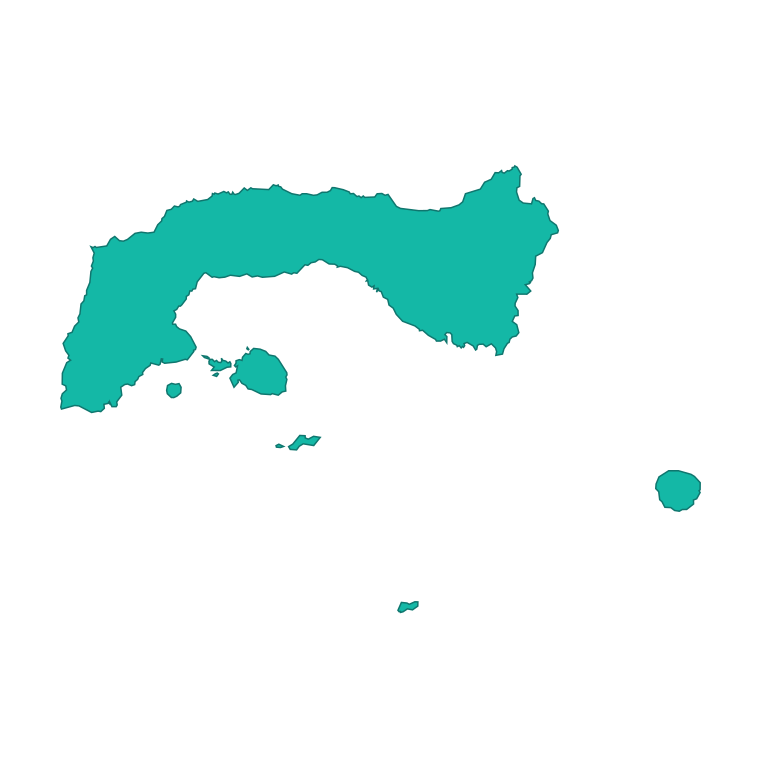 outline of Sikka, Nusa Tenggara Timur, Indonesia, rotated 184°
{"feature_id": "22746128B25889265457696", "entity_name": "Sikka", "entity_type": "district", "adm_level": 2, "iso_a3": "IDN", "parent_name": "Indonesia", "parent_adm1": "Nusa Tenggara Timur", "projection": "orthographic", "projection_center": [122.277, -8.457], "detail": "fine", "context": "isolated", "style": "filled", "palette": "teal", "viewbox_px": 768, "rotation_deg": 184, "n_neighbors": 0, "source": "geoboundaries", "source_scale": "gbopen_adm2", "svg_char_len": 6138}
<svg xmlns="http://www.w3.org/2000/svg" viewBox="0 0 768 768"><g transform="rotate(184 384 384)"><path d="M266.3,609.5L268.7,610.7L269.0,609.6L271.2,608.8L271.2,607.2L274.0,605.2L275.7,605.4L278.8,602.7L280.9,603.3L281.6,605.1L284.3,602.7L287.9,602.6L291.3,595.7L297.7,592.3L301.5,585.1L316.0,579.5L318.2,571.2L321.7,567.9L329.4,564.5L339.6,563.0L340.3,560.8L341.6,560.2L350.3,561.2L352.8,560.0L361.5,559.3L379.8,560.3L384.0,562.0L393.2,573.4L396.1,572.3L399.4,573.9L404.1,573.3L406.3,569.9L416.3,568.8L417.8,570.1L419.8,568.3L422.1,569.8L424.1,569.1L427.7,571.9L430.9,571.4L432.1,573.1L438.2,575.0L447.0,576.4L449.4,576.3L450.9,573.2L454.1,571.3L459.2,570.9L463.9,568.0L467.5,567.3L474.5,568.4L478.9,568.1L480.9,566.4L489.3,567.4L498.9,571.3L500.7,573.4L503.1,573.9L503.4,575.1L505.4,574.2L508.3,575.0L512.5,569.9L528.8,569.6L530.5,570.4L533.8,567.6L537.1,569.8L541.9,564.1L545.3,562.7L546.7,562.8L548.3,564.8L549.0,562.6L550.8,562.5L552.8,564.8L554.4,563.7L557.2,564.9L562.8,561.9L566.1,562.7L566.7,561.5L568.4,562.0L568.6,559.5L572.8,555.7L582.5,553.2L586.7,555.3L587.9,553.0L591.3,551.8L593.7,552.8L593.8,551.6L599.5,548.8L600.3,547.0L601.9,546.3L605.5,546.9L608.4,543.4L612.7,542.0L614.7,535.8L617.0,533.6L617.2,531.1L620.8,527.1L624.0,519.4L630.1,518.1L636.8,518.5L642.9,516.9L650.0,510.3L654.0,508.3L657.9,508.5L662.9,512.4L666.9,509.3L670.2,502.4L680.5,500.1L681.9,501.0L683.7,499.8L685.9,500.5L682.2,494.4L683.2,489.6L682.5,486.4L684.1,481.2L682.7,479.3L684.2,475.8L684.5,464.8L687.2,456.6L686.9,452.2L688.7,451.1L689.2,446.0L691.8,442.7L692.2,432.7L693.9,428.6L692.8,424.6L696.7,420.1L698.8,413.8L702.8,412.1L702.4,410.0L706.9,402.1L703.9,394.9L700.3,390.6L701.1,387.8L698.3,385.9L702.0,383.1L705.6,372.3L705.0,361.4L701.3,359.9L700.3,355.9L704.2,351.8L705.2,347.2L704.1,344.5L704.8,338.4L704.0,336.5L691.1,341.0L686.8,340.9L673.7,335.2L667.3,337.0L664.6,336.7L661.3,340.2L662.0,344.2L657.8,345.4L657.5,346.5L656.4,345.3L656.4,346.9L653.8,342.4L649.6,342.7L648.7,344.5L649.4,347.5L644.8,354.6L646.4,362.4L642.6,365.4L639.8,366.1L635.7,364.7L632.7,366.0L632.5,369.0L630.1,371.4L629.1,374.3L625.3,376.7L625.7,378.6L623.0,382.8L618.6,386.3L618.1,388.7L610.0,387.1L608.8,388.1L607.9,393.6L606.6,393.5L606.8,390.5L604.3,389.4L592.9,391.4L584.0,394.8L581.9,394.4L576.0,403.2L576.3,404.4L574.5,405.2L574.0,407.7L580.2,417.8L585.4,423.0L591.9,424.7L594.9,426.8L596.1,429.1L599.0,428.9L599.3,430.2L596.5,436.0L596.7,439.1L598.7,442.3L596.0,443.9L594.2,447.4L592.5,447.5L591.2,448.9L587.2,455.0L587.3,457.6L584.9,459.4L584.2,463.3L582.2,463.3L581.2,465.3L578.7,465.9L577.5,472.8L571.4,481.9L569.4,482.6L562.9,478.5L561.1,479.2L555.9,478.5L550.2,479.5L544.9,481.8L535.6,481.3L528.5,484.3L523.0,481.6L517.7,483.0L512.8,482.0L500.6,483.8L491.3,488.8L483.8,487.2L481.8,488.7L478.6,488.4L471.2,497.4L468.2,497.1L465.2,499.9L461.1,501.0L457.7,503.7L454.2,503.7L447.1,499.9L441.6,500.1L438.7,498.7L438.8,497.3L435.8,498.4L428.5,497.5L421.2,494.3L417.2,493.7L413.4,490.8L409.4,489.4L408.0,487.1L408.0,486.4L408.7,485.9L408.8,485.6L407.5,486.2L406.3,481.6L402.8,479.8L400.8,481.2L401.0,478.1L397.1,479.0L397.9,475.1L396.1,478.1L395.3,476.5L393.2,476.0L390.7,470.6L386.2,468.7L384.5,463.1L380.1,460.3L376.6,454.3L369.8,447.9L357.2,444.1L352.6,441.1L352.3,439.6L349.2,440.3L343.2,435.7L335.7,432.1L334.7,430.5L330.5,430.8L326.9,432.9L324.3,429.6L324.6,435.7L326.7,437.5L325.1,439.7L321.5,439.6L319.8,437.9L319.0,431.3L317.5,429.1L314.1,427.8L313.5,426.4L311.6,427.5L309.5,425.4L308.1,427.0L307.2,426.2L306.2,427.8L307.0,429.9L304.0,431.3L297.7,428.2L295.0,424.3L293.9,425.2L293.5,429.0L291.9,430.2L287.9,430.7L284.7,428.3L279.7,431.6L275.3,427.8L273.9,424.2L274.4,420.4L267.9,422.1L266.8,427.5L263.7,433.2L262.1,434.2L261.5,437.5L259.3,439.9L255.5,441.1L253.1,444.6L255.7,452.4L260.4,455.4L258.3,461.0L255.0,461.7L255.4,466.6L258.7,470.9L258.8,473.7L256.5,479.6L258.0,482.9L247.7,483.6L244.1,487.0L250.0,492.9L246.1,494.2L245.1,495.3L246.1,495.9L244.0,497.3L242.8,500.1L243.7,505.2L241.5,513.7L241.6,522.1L235.1,526.1L231.3,536.5L228.3,540.8L227.6,544.6L221.4,546.9L220.8,549.3L223.2,554.4L229.8,558.6L232.5,565.1L232.1,567.9L237.2,574.8L239.3,574.8L242.2,577.2L245.5,577.7L246.9,580.3L248.3,579.4L249.4,574.0L257.7,574.2L262.0,576.8L265.2,584.8L265.1,589.0L262.5,590.6L262.9,601.0L261.8,602.8L266.3,609.5ZM506.0,365.5L496.4,365.5L494.9,366.6L488.7,365.5L484.9,369.1L481.5,370.1L482.2,375.4L481.2,381.8L482.5,384.1L481.4,386.3L481.8,388.5L491.2,401.3L494.7,404.2L500.7,404.9L504.3,408.3L510.0,410.1L516.5,410.4L519.7,407.1L519.8,404.8L521.7,404.1L524.0,404.8L527.0,400.8L527.3,397.6L530.0,398.2L533.2,396.9L533.1,394.4L534.5,392.0L533.1,390.7L531.4,391.9L532.3,384.8L535.6,382.9L538.1,379.1L533.4,370.3L529.5,375.5L530.0,377.6L528.5,378.1L525.8,374.8L521.8,373.0L519.2,369.6L515.6,369.3L506.0,365.5ZM80.5,277.7L77.7,279.6L73.3,280.0L66.8,285.9L67.2,289.9L64.1,291.3L61.1,297.8L62.3,299.5L61.3,300.5L61.7,307.6L67.8,313.4L71.4,315.3L84.2,318.0L94.0,317.3L103.2,310.5L105.6,303.2L105.6,298.6L102.4,295.7L100.9,287.8L98.5,286.0L95.2,280.6L89.2,280.7L85.3,278.1L80.5,277.7ZM473.0,312.2L466.6,312.2L464.2,316.0L460.4,318.7L449.8,317.7L443.9,326.3L450.6,326.9L455.7,323.7L458.8,324.7L459.1,326.9L464.4,326.8L470.8,317.7L474.8,314.9L473.0,312.2ZM595.2,355.7L592.7,355.8L589.8,357.4L586.2,361.0L586.2,366.6L588.5,370.1L592.0,369.1L596.0,369.8L599.8,367.4L600.4,362.5L599.5,359.2L595.2,355.7ZM557.0,385.5L548.3,386.0L541.7,389.8L538.1,390.4L538.2,393.7L539.3,395.4L541.1,394.1L543.4,395.8L546.5,396.4L548.0,398.4L547.4,395.4L548.4,394.0L550.8,394.1L552.7,395.8L554.6,394.5L557.0,396.6L558.9,396.5L560.2,394.6L559.9,391.9L554.6,389.1L557.0,385.5ZM351.8,158.2L351.6,157.3L349.1,158.1L345.0,161.3L339.8,160.7L334.8,164.8L335.0,169.0L338.0,168.9L343.5,166.0L345.8,167.1L351.4,167.3L354.3,159.2L353.0,157.9L351.8,158.2ZM486.9,313.5L482.8,313.4L479.8,314.7L484.7,316.6L487.4,315.0L486.9,313.5ZM566.8,399.5L565.0,397.9L560.1,396.6L560.4,397.9L562.5,399.2L566.8,399.5ZM551.1,383.3L552.9,382.5L555.0,380.8L551.5,379.9L549.9,382.5L551.1,383.3ZM523.3,409.6L521.8,408.6L521.3,409.2L522.9,411.0L523.3,409.6Z" fill="#14b8a6" stroke="#0f766e" stroke-width="1.5"/></g></svg>